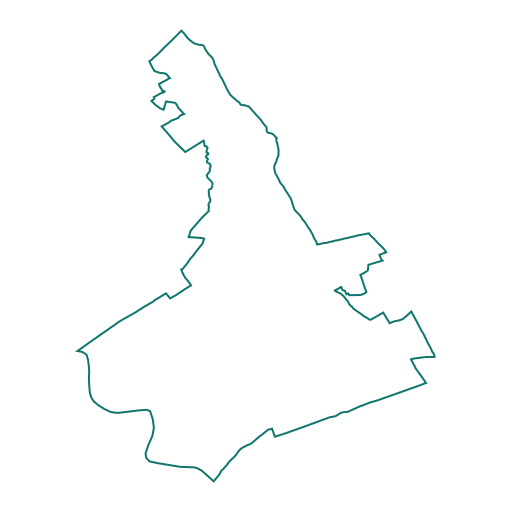 the district of Almaj, Dolj, Romania
{"feature_id": "2599482B54924202091715", "entity_name": "Almaj", "entity_type": "district", "adm_level": 2, "iso_a3": "ROU", "parent_name": "Romania", "parent_adm1": "Dolj", "projection": "natural_earth1", "projection_center": [23.708, 44.445], "detail": "fine", "context": "isolated", "style": "outline", "palette": "teal", "viewbox_px": 512, "rotation_deg": 0, "n_neighbors": 0, "source": "geoboundaries", "source_scale": "gbopen_adm2", "svg_char_len": 6035}
<svg xmlns="http://www.w3.org/2000/svg" viewBox="0 0 512 512"><path d="M434.5,357.0L434.5,356.2L433.9,354.3L433.6,353.5L432.3,351.9L430.8,348.3L428.5,344.2L427.2,341.7L426.2,339.5L423.1,333.1L422.0,331.8L415.3,318.9L411.2,311.5L408.8,313.9L406.1,316.3L402.5,319.2L398.7,320.5L394.4,321.3L391.1,322.6L389.7,323.3L383.2,312.6L374.1,317.8L370.6,319.8L369.0,319.4L368.1,318.6L367.1,317.9L364.4,316.6L362.4,314.9L356.4,310.8L353.8,308.9L352.6,307.6L352.2,306.9L350.7,305.7L349.4,304.4L348.5,302.7L347.9,301.3L346.2,299.5L344.1,296.7L342.6,295.4L341.3,294.1L338.7,292.6L337.8,292.4L336.7,291.7L335.4,291.2L334.9,290.4L338.8,288.4L340.8,287.0L341.1,287.1L341.5,287.3L341.7,288.4L342.2,289.7L342.8,290.3L344.6,290.6L345.1,291.1L345.8,292.9L346.5,294.3L348.4,293.5L349.2,295.2L356.7,295.1L360.9,294.9L363.9,293.8L365.2,293.0L366.4,292.1L365.9,290.9L363.8,284.8L361.0,276.4L360.3,275.0L365.0,272.4L367.7,270.7L367.9,269.9L368.4,264.8L382.5,260.6L381.8,259.9L381.0,258.6L380.3,257.1L379.5,254.8L386.2,252.2L385.5,251.1L383.3,248.3L382.0,246.9L379.3,244.5L376.4,241.4L374.3,239.0L373.6,238.4L372.3,237.1L371.3,236.3L369.7,234.4L369.0,233.8L368.8,233.3L359.8,235.1L358.0,235.3L355.4,236.1L350.4,237.2L346.4,238.2L344.6,238.5L341.8,239.3L338.8,239.9L337.7,240.3L335.2,240.6L332.4,241.4L329.4,242.0L326.3,242.9L324.0,243.0L319.1,244.2L317.1,244.5L317.0,244.0L316.6,242.5L316.2,241.6L314.4,238.8L313.7,237.4L312.9,235.1L310.2,230.1L308.6,228.0L305.3,222.7L304.0,221.0L302.4,219.4L301.8,218.0L301.0,216.8L299.6,215.0L296.2,211.6L295.2,210.5L294.6,209.7L294.1,208.7L293.1,205.4L292.3,203.5L292.1,202.0L291.2,199.7L291.0,198.9L287.9,193.8L286.3,191.5L285.2,189.8L284.0,187.8L283.9,187.1L280.1,182.5L279.8,182.1L279.6,181.6L279.6,180.9L275.4,173.3L275.0,172.1L274.8,170.6L274.2,168.6L274.3,167.0L274.3,166.1L275.0,164.1L275.4,163.2L276.1,162.4L276.3,161.8L276.7,159.8L277.4,157.9L277.9,157.0L278.3,156.1L278.5,155.4L278.4,154.6L278.6,151.2L278.2,147.3L277.7,145.9L277.6,144.8L277.2,143.0L276.7,142.1L276.4,141.1L276.2,138.7L276.8,138.2L273.1,134.3L272.3,133.8L271.1,133.4L268.0,132.6L267.2,132.1L266.8,131.4L266.5,127.7L266.3,126.8L264.2,124.6L263.1,123.3L261.3,120.4L253.8,112.2L249.5,107.2L248.8,106.5L246.9,106.1L245.7,105.6L245.1,105.3L244.4,105.1L242.6,105.2L241.3,105.0L240.5,104.4L240.1,103.9L239.9,103.4L239.6,102.8L238.8,102.0L238.0,101.6L237.0,100.8L231.4,95.9L230.3,94.7L229.8,94.1L227.3,89.8L224.2,83.3L222.4,79.4L221.9,78.4L221.3,77.8L219.9,75.6L219.6,74.6L219.3,73.7L218.0,71.4L215.0,64.9L214.3,63.4L214.1,62.1L213.5,60.2L212.8,58.8L212.0,57.5L211.3,56.6L209.7,55.3L208.7,54.2L206.2,50.8L204.6,47.9L204.2,46.5L203.6,46.0L203.2,45.4L202.1,45.1L200.7,44.8L199.9,44.9L198.6,44.7L194.8,43.6L194.0,43.2L192.1,41.9L190.3,40.5L188.4,38.8L187.0,37.4L184.5,33.9L183.8,33.1L182.8,32.2L181.6,30.7L180.8,31.3L176.3,35.9L171.5,40.6L170.1,42.1L168.7,43.3L164.5,47.3L161.0,50.9L156.6,55.2L155.2,56.5L154.2,57.1L151.7,59.7L149.3,61.3L150.0,62.6L151.4,65.7L154.4,71.0L158.5,72.5L161.7,73.1L163.8,73.2L165.3,73.6L166.3,74.0L167.0,75.0L168.6,76.5L169.0,77.4L169.8,78.2L168.5,78.6L167.2,79.6L159.0,84.0L160.0,86.9L161.6,89.1L162.0,90.5L162.8,90.8L163.9,90.9L164.6,91.5L164.5,91.9L160.5,93.4L158.3,94.7L157.3,95.3L153.8,97.1L154.4,98.7L151.5,101.0L155.7,105.1L160.4,108.5L163.6,109.7L166.0,101.5L175.2,102.8L176.6,104.6L178.4,107.9L181.0,110.8L184.1,114.1L180.7,115.2L178.1,118.0L170.8,120.9L169.0,122.4L161.7,126.4L170.5,136.6L174.5,141.5L185.3,152.0L203.6,140.6L204.2,142.1L204.5,145.8L204.7,146.0L206.2,146.2L206.7,146.9L207.2,147.1L207.5,147.4L207.5,147.9L206.9,149.5L206.7,150.8L206.4,151.7L206.4,152.0L206.6,152.5L208.1,153.2L208.2,153.4L208.3,153.9L208.2,154.3L207.4,154.7L206.9,155.2L206.3,155.9L205.9,156.9L206.1,157.4L207.3,158.3L207.9,159.0L207.9,159.3L207.1,160.7L207.0,161.4L207.0,162.3L208.5,163.2L209.4,163.5L209.7,163.9L210.0,164.2L210.2,164.8L210.3,165.2L210.5,165.6L210.6,166.4L210.4,167.3L210.1,168.0L209.8,168.2L209.8,169.0L209.9,169.4L209.8,169.9L209.8,170.5L209.7,171.2L209.5,171.6L209.4,172.0L208.9,172.5L208.5,172.7L208.0,173.7L206.9,175.0L206.9,175.6L207.1,176.6L207.7,177.8L208.5,178.7L209.9,180.0L211.7,182.0L212.3,183.0L212.5,183.5L212.5,184.0L212.2,186.5L211.7,187.6L211.4,188.4L211.1,188.8L209.9,189.3L209.2,189.6L208.8,190.3L208.7,191.1L208.9,192.7L208.8,193.6L209.0,194.7L209.3,195.2L209.2,196.3L209.3,196.9L209.8,198.0L210.3,200.0L210.3,201.2L208.8,203.4L208.5,204.5L208.9,207.7L208.6,208.8L208.6,210.1L208.9,210.9L202.3,217.3L190.9,230.4L190.4,231.3L188.7,237.1L193.4,237.4L195.3,237.6L199.8,237.8L202.4,238.2L204.1,238.6L203.0,242.2L202.7,243.4L202.1,244.3L200.9,245.5L197.7,249.6L192.6,256.2L190.0,259.1L186.9,263.8L183.9,267.4L182.9,268.8L181.2,269.5L183.1,274.1L185.1,277.6L188.9,282.1L191.0,285.4L187.0,287.8L176.3,294.9L170.2,298.4L166.0,293.4L163.7,294.7L157.7,298.5L154.3,300.4L153.1,301.8L150.0,303.3L147.3,305.1L145.1,306.1L142.4,308.0L138.1,310.6L135.8,312.2L122.4,319.7L117.5,322.7L115.6,324.3L113.0,326.0L100.8,334.5L88.0,343.5L77.5,351.0L82.2,351.9L86.5,354.7L88.1,360.1L89.0,367.9L89.2,372.1L88.9,378.9L89.4,388.0L89.9,392.7L91.1,397.1L93.9,401.6L98.1,405.0L104.5,409.1L110.7,412.0L117.5,412.9L127.4,411.8L138.8,410.4L146.3,409.8L150.1,411.1L152.8,419.3L153.9,427.9L152.3,436.1L148.4,445.0L145.5,453.5L146.4,458.1L149.4,461.4L158.4,463.3L169.7,465.1L180.0,466.8L194.4,467.4L196.9,468.0L201.9,470.8L213.7,481.3L219.2,474.7L221.4,470.6L223.7,468.6L224.9,467.0L225.8,466.2L227.7,463.9L228.2,462.9L229.2,461.9L231.2,459.7L233.6,457.5L235.8,455.2L239.2,450.4L240.3,449.3L242.1,447.9L244.0,446.9L246.8,445.4L250.2,444.1L252.6,442.4L260.1,435.9L261.5,435.1L267.9,429.8L272.0,428.7L274.9,436.7L285.2,433.4L299.3,428.4L329.1,417.5L330.7,417.1L335.0,416.3L336.1,415.8L338.1,414.6L339.9,413.3L343.6,412.1L347.6,411.9L360.8,405.9L361.9,405.7L364.7,404.7L365.5,404.2L367.8,403.4L370.1,402.4L373.7,401.5L379.5,399.7L381.9,398.8L419.9,385.3L426.0,383.0L420.5,375.0L415.7,368.5L414.4,365.7L411.0,359.5L411.1,359.2L411.3,359.0L415.2,358.4L425.8,357.0L433.6,356.9L434.5,357.0Z" fill="none" stroke="#0f766e" stroke-width="2"/></svg>